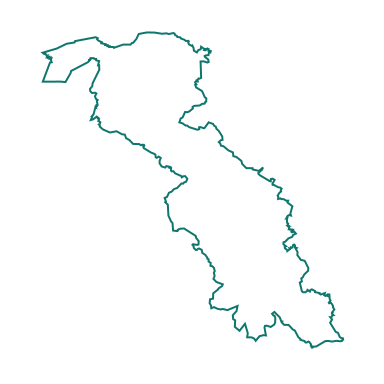 outline of Altotonga, Veracruz, Mexico, rotated 87°
{"feature_id": "50627088B58942716797711", "entity_name": "Altotonga", "entity_type": "district", "adm_level": 2, "iso_a3": "MEX", "parent_name": "Mexico", "parent_adm1": "Veracruz", "projection": "robinson", "projection_center": [-97.134, 19.765], "detail": "fine", "context": "isolated", "style": "outline", "palette": "teal", "viewbox_px": 384, "rotation_deg": 87, "n_neighbors": 0, "source": "geoboundaries", "source_scale": "gbopen_adm2", "svg_char_len": 5905}
<svg xmlns="http://www.w3.org/2000/svg" viewBox="0 0 384 384"><g transform="rotate(87 192 192)"><path d="M310.8,169.5L310.4,167.5L311.8,162.8L308.2,152.5L313.3,153.8L317.2,157.7L321.2,157.5L322.4,155.6L328.9,156.3L333.1,151.8L326.4,146.0L335.8,143.7L340.0,144.5L340.3,140.0L341.7,137.5L343.9,136.2L339.5,132.1L338.7,128.0L339.1,125.7L331.1,126.7L329.5,126.1L329.4,124.3L330.9,120.5L328.7,116.8L326.6,115.8L322.1,115.4L319.8,116.1L319.7,117.1L317.8,118.4L316.1,116.0L321.8,110.9L326.2,109.5L326.1,108.6L327.3,108.9L329.5,106.9L329.8,102.5L334.6,98.5L335.8,96.5L342.6,93.4L344.2,91.5L345.2,91.6L346.8,87.3L348.2,86.6L348.3,85.3L347.4,83.7L347.9,82.8L350.3,81.1L351.7,81.4L352.1,80.5L353.6,80.6L353.7,79.7L352.8,78.9L352.8,76.1L347.9,66.7L347.8,63.9L348.7,60.1L348.2,55.8L348.8,51.8L348.7,50.2L347.7,49.8L347.4,48.8L346.1,48.9L345.3,51.2L344.4,52.1L340.4,53.5L339.2,55.8L329.8,60.9L326.6,58.8L324.2,60.5L324.2,59.2L322.5,58.3L322.4,57.2L321.0,58.6L320.0,57.9L319.6,58.4L316.7,56.0L314.4,57.3L313.3,57.1L311.6,57.9L309.7,59.3L310.3,60.8L309.7,61.2L307.6,59.4L306.0,60.1L301.5,60.2L301.3,61.9L301.9,62.7L302.7,62.4L302.3,63.2L302.8,64.1L302.0,65.4L299.9,64.6L301.1,68.8L300.2,70.1L299.6,69.9L298.4,74.4L297.3,74.4L295.5,77.4L296.1,78.9L297.6,79.5L295.8,81.8L297.1,82.4L298.1,84.3L297.9,86.3L296.8,87.5L288.1,89.1L287.1,87.0L284.0,87.4L283.2,86.0L280.2,84.2L276.8,80.2L274.1,79.8L267.5,82.6L266.5,83.3L265.5,86.8L260.5,90.1L257.5,89.7L254.5,91.2L253.4,90.3L252.9,92.2L250.8,91.9L249.9,92.6L250.0,93.6L252.6,94.7L253.0,95.6L252.5,96.2L253.9,96.9L253.6,97.5L254.1,97.3L256.0,99.9L255.0,100.0L253.1,102.1L251.3,102.3L251.1,101.1L248.9,103.4L247.0,103.3L246.5,101.5L243.4,98.2L242.0,94.2L240.2,93.4L239.0,90.4L236.9,92.0L237.5,94.2L236.9,94.9L235.8,94.1L236.5,93.1L235.2,92.9L235.4,94.0L234.9,94.5L234.5,93.3L234.8,95.8L234.3,96.1L234.3,97.3L232.6,96.8L230.9,98.3L230.9,97.0L229.9,98.2L228.5,97.7L227.8,98.6L224.8,98.7L224.4,99.3L224.6,98.7L223.0,98.2L223.2,99.2L220.8,97.7L220.1,96.2L220.7,94.4L218.7,94.9L211.5,92.5L207.5,97.2L205.7,96.5L205.6,98.4L204.0,100.7L203.7,103.3L203.0,104.0L203.5,106.4L201.1,106.1L200.2,106.7L197.4,104.8L196.2,103.0L194.9,103.3L193.4,102.3L192.1,103.8L191.8,105.6L189.2,109.9L189.1,111.1L188.2,111.3L184.2,108.9L182.9,110.8L183.2,112.6L185.5,112.8L185.4,113.5L178.8,123.4L177.2,124.8L176.5,124.8L173.3,120.8L171.2,119.8L174.4,124.0L172.7,130.2L171.4,130.3L171.0,136.5L166.6,140.4L163.5,141.1L159.3,145.9L158.4,148.8L154.6,149.1L152.4,153.4L148.0,158.1L147.2,160.7L145.1,161.2L143.6,162.6L141.9,160.7L141.5,158.8L138.1,158.9L132.5,162.0L130.1,164.3L128.1,164.8L127.0,166.4L125.2,167.3L123.3,171.7L128.6,176.0L129.0,176.7L127.6,180.3L127.7,181.5L129.7,181.5L130.1,183.4L127.1,191.4L125.4,193.4L125.3,195.0L123.1,197.6L121.8,201.0L117.9,199.4L117.1,197.5L111.7,194.7L112.1,192.6L111.5,190.7L108.7,186.8L107.1,187.0L106.1,185.3L106.0,179.7L104.5,177.3L104.4,174.8L102.6,173.9L102.4,173.1L99.2,172.8L98.1,174.2L91.7,176.7L87.8,182.4L85.1,183.2L84.8,182.0L82.6,183.2L81.4,182.0L82.4,179.6L81.1,181.7L80.6,181.6L80.4,180.6L79.0,179.6L79.3,178.8L78.5,176.9L62.1,176.6L62.1,173.8L63.5,169.8L63.1,168.6L60.5,168.9L57.8,172.0L56.9,172.3L56.3,171.2L56.2,168.4L53.3,167.7L53.7,166.4L52.2,166.1L52.2,165.0L51.8,168.2L50.2,167.9L49.5,169.1L51.2,171.0L50.9,172.4L49.8,171.6L49.6,172.6L47.4,175.3L49.9,175.9L50.7,178.4L52.9,179.8L51.0,182.7L48.2,182.9L45.7,184.0L46.1,184.5L44.4,187.3L42.6,188.0L41.4,187.3L40.9,187.7L40.8,190.3L39.4,191.9L38.2,194.9L37.0,195.5L36.4,198.6L35.4,198.9L34.3,200.7L32.9,201.1L32.3,202.1L33.0,207.0L32.2,209.3L32.4,213.7L30.8,221.2L30.3,228.8L31.4,236.9L36.4,239.6L39.9,243.0L40.0,244.1L41.6,245.7L41.2,253.1L43.9,262.4L43.1,262.7L42.8,267.1L42.0,266.8L41.9,268.8L41.0,268.5L40.7,270.9L39.9,270.5L38.7,274.8L38.1,274.5L38.2,273.3L35.9,277.6L34.5,278.8L33.5,278.1L32.4,280.1L35.2,300.9L36.5,301.4L37.4,309.4L41.7,319.7L45.1,333.9L46.5,332.3L46.2,331.1L48.4,330.0L48.2,329.1L49.8,329.9L49.5,327.9L50.5,328.4L50.2,326.4L51.4,327.0L51.1,325.4L52.7,326.0L55.1,325.3L55.2,327.0L74.0,335.2L74.9,317.4L75.6,312.6L66.9,307.0L64.8,306.4L57.0,289.3L56.1,288.1L54.8,288.0L54.9,287.0L53.5,286.8L53.6,285.8L53.0,285.7L53.2,283.1L54.0,282.6L54.1,280.8L55.5,280.8L56.4,277.9L60.6,279.2L60.6,278.1L65.1,278.2L78.3,285.6L81.2,286.1L83.6,288.4L86.0,288.3L87.9,286.7L87.8,283.5L88.6,282.3L91.3,283.9L93.9,283.1L95.2,281.4L96.3,282.3L100.0,281.7L100.1,282.7L101.3,282.6L101.3,283.6L102.6,283.4L102.2,284.0L109.2,286.2L111.0,287.9L111.1,287.5L114.8,289.3L114.3,287.0L111.7,283.2L113.3,281.5L113.5,282.2L115.1,281.1L116.2,281.8L117.5,279.9L119.0,280.4L119.7,281.5L120.8,280.6L122.0,280.6L124.9,277.6L128.3,270.8L127.4,264.2L130.7,258.9L131.2,256.1L134.8,255.0L136.9,251.7L140.9,248.3L141.4,242.2L142.7,240.5L142.2,239.3L142.4,237.5L143.3,237.2L144.3,238.3L145.7,237.8L150.5,230.8L152.0,227.5L152.8,226.6L155.5,226.4L156.0,225.4L154.9,223.4L156.4,221.4L159.1,222.7L161.6,222.9L164.9,221.0L166.2,217.4L164.8,216.3L165.7,212.7L166.1,212.1L166.7,213.1L167.4,211.7L169.6,211.8L170.3,211.2L170.3,209.4L172.5,207.9L175.6,201.7L176.8,201.4L175.8,199.5L175.8,198.0L178.5,196.0L181.4,197.3L182.0,199.3L183.2,200.5L182.9,202.0L187.2,206.6L188.2,209.9L190.5,212.2L191.6,215.1L195.6,217.2L196.5,219.6L200.2,218.5L200.8,219.3L203.4,216.8L214.3,216.8L220.2,214.5L222.0,213.1L229.5,212.9L230.3,208.9L229.9,208.2L229.0,208.2L228.1,206.0L228.0,201.9L236.0,190.6L238.2,190.2L241.4,187.9L244.8,188.3L245.1,189.6L244.2,193.7L244.8,194.3L245.7,193.4L248.0,193.1L250.1,191.2L250.2,190.3L249.0,189.0L248.8,187.8L250.3,185.3L253.3,184.9L255.6,181.9L258.5,180.1L259.4,180.2L260.1,178.9L262.3,179.1L263.7,177.1L266.7,177.4L267.2,175.6L268.9,174.1L272.1,173.4L273.8,174.4L277.0,173.8L279.9,175.1L283.1,172.4L285.8,166.1L287.5,166.9L289.8,170.7L290.6,171.0L294.3,176.1L299.6,176.6L300.1,179.6L304.0,180.2L306.3,179.0L309.1,178.8L308.1,176.0L309.9,172.8L310.8,169.5Z" fill="none" stroke="#0f766e" stroke-width="2"/></g></svg>